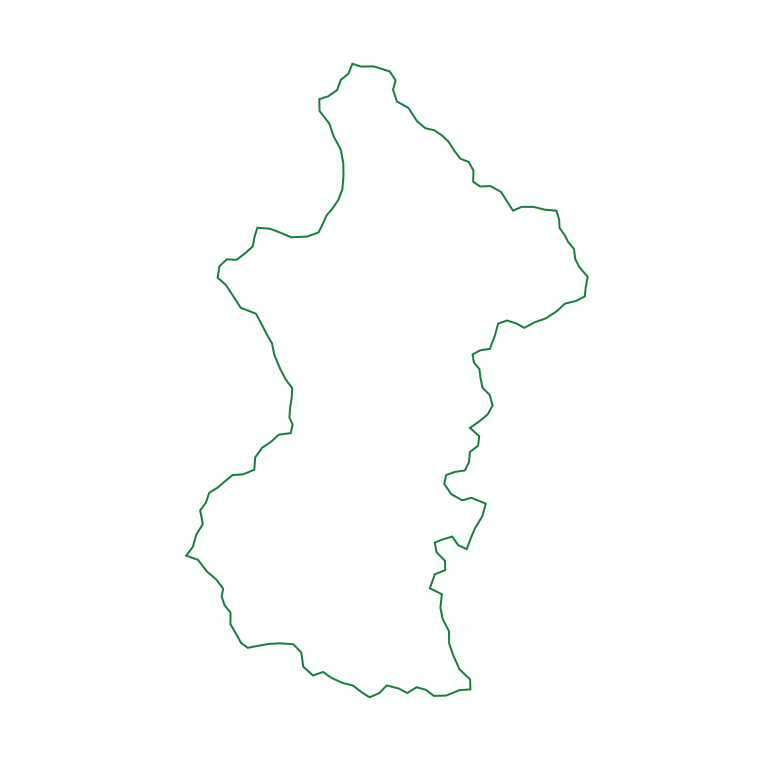 the district of São Geraldo, Minas Gerais, Brazil, rotated 100°
{"feature_id": "56859067B30178745764727", "entity_name": "São Geraldo", "entity_type": "district", "adm_level": 2, "iso_a3": "BRA", "parent_name": "Brazil", "parent_adm1": "Minas Gerais", "projection": "orthographic", "projection_center": [-42.831, -20.909], "detail": "fine", "context": "isolated", "style": "outline", "palette": "green", "viewbox_px": 768, "rotation_deg": 100, "n_neighbors": 0, "source": "geoboundaries", "source_scale": "gbopen_adm2", "svg_char_len": 2414}
<svg xmlns="http://www.w3.org/2000/svg" viewBox="0 0 768 768"><g transform="rotate(100 384 384)"><path d="M243.0,202.1L234.8,212.1L227.6,217.4L218.1,220.3L212.3,227.1L205.8,232.1L199.8,238.2L191.6,240.1L183.4,244.3L184.4,255.7L183.6,267.5L185.6,279.1L190.9,287.1L182.3,295.0L174.6,302.0L170.6,313.4L172.8,323.6L169.4,331.3L158.2,333.0L150.6,339.1L148.9,347.9L142.1,355.2L134.2,362.5L129.2,369.9L125.4,378.6L124.9,387.7L119.4,397.2L107.9,407.9L103.6,420.3L92.7,426.2L83.0,425.3L75.2,432.6L73.0,449.2L75.4,461.9L74.1,470.7L84.7,473.0L92.1,479.4L102.6,481.2L110.4,489.0L114.8,497.2L126.3,494.9L137.0,483.1L149.0,476.5L160.5,467.4L173.7,462.4L186.2,460.0L199.4,458.8L210.5,460.9L219.2,464.7L227.7,469.7L236.4,472.0L246.1,474.7L252.1,485.2L255.6,500.9L253.1,511.8L250.9,523.3L252.1,535.8L260.6,537.0L271.4,537.2L280.0,544.0L287.3,550.9L288.5,560.4L296.6,566.5L308.2,566.3L314.2,556.6L322.3,549.0L333.8,538.4L337.0,522.3L347.5,514.1L355.9,507.7L363.5,501.3L374.2,497.2L387.1,488.9L396.1,482.0L404.1,473.7L413.6,472.5L423.4,472.3L433.3,471.4L439.8,467.0L448.6,467.3L452.1,478.8L461.1,485.7L468.0,493.0L478.6,498.1L491.0,496.8L497.5,507.3L500.0,517.4L506.8,523.2L514.7,529.7L521.5,537.2L531.7,538.8L540.4,543.1L553.5,538.1L564.7,542.6L577.6,544.0L587.4,549.0L589.4,536.7L599.2,526.1L605.8,515.1L613.4,506.9L621.6,506.9L629.8,502.4L635.8,495.4L647.3,493.5L656.3,485.8L663.7,479.9L667.5,472.4L664.0,463.3L660.2,453.1L657.5,441.7L656.0,428.1L662.9,418.8L676.4,414.4L683.4,403.3L678.2,394.0L682.6,384.5L685.6,372.9L686.4,362.0L691.4,352.7L695.0,343.8L689.3,335.0L680.4,329.0L681.3,316.6L684.3,307.4L677.0,299.3L677.8,290.0L682.5,280.7L680.0,268.6L672.3,256.4L669.8,245.9L660.0,247.9L651.8,260.2L639.3,268.6L628.1,274.8L616.2,277.1L605.5,285.3L594.7,289.6L581.0,290.5L577.2,303.4L562.6,300.9L556.6,291.4L547.6,293.2L540.4,303.2L531.3,306.4L526.6,298.7L522.4,290.3L529.8,283.0L532.3,273.9L520.6,271.7L509.9,269.2L497.2,264.2L484.2,263.0L480.9,278.2L485.0,286.7L480.8,298.7L471.8,307.4L462.8,306.9L458.2,298.7L455.1,289.4L445.8,286.7L436.0,287.6L428.4,280.6L418.8,281.2L412.3,291.7L404.6,284.0L396.1,276.7L386.2,273.3L376.4,278.1L370.4,286.4L360.5,290.3L352.8,292.6L347.2,299.2L339.5,301.9L334.0,294.9L331.0,285.8L317.1,283.2L304.8,282.1L300.1,273.9L301.4,264.2L304.3,255.6L297.1,246.4L291.1,235.8L282.5,226.7L273.4,219.7L268.9,209.4L262.8,201.5L254.2,202.1L243.0,202.1Z" fill="none" stroke="#15803d" stroke-width="2"/></g></svg>